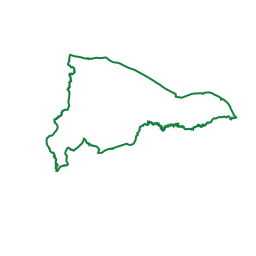 Ban Phue, Udon Thani, Thailand, rotated 121°
{"feature_id": "78962969B51412577639732", "entity_name": "Ban Phue", "entity_type": "district", "adm_level": 2, "iso_a3": "THA", "parent_name": "Thailand", "parent_adm1": "Udon Thani", "projection": "mercator", "projection_center": [102.531, 17.723], "detail": "fine", "context": "isolated", "style": "outline", "palette": "green", "viewbox_px": 256, "rotation_deg": 121, "n_neighbors": 0, "source": "geoboundaries", "source_scale": "gbopen_adm2", "svg_char_len": 5834}
<svg xmlns="http://www.w3.org/2000/svg" viewBox="0 0 256 256"><g transform="rotate(121 128 128)"><path d="M86.5,63.8L85.9,63.0L84.0,63.2L83.3,62.8L83.0,62.2L82.2,62.6L81.8,61.3L80.1,59.9L77.6,60.0L76.1,59.6L75.2,59.0L74.8,57.7L71.8,55.7L70.1,52.5L69.0,52.0L68.5,51.4L68.6,50.1L68.3,49.1L67.5,48.9L66.2,47.9L66.5,46.5L67.6,44.9L67.6,44.1L65.7,44.1L65.9,43.4L65.3,42.9L64.9,42.1L63.3,40.8L62.7,42.4L62.7,43.9L61.7,44.6L58.5,50.0L57.0,51.5L55.5,54.8L54.8,57.6L54.4,61.5L54.5,61.9L55.8,62.9L54.4,64.0L54.4,67.3L55.0,71.5L54.8,73.8L55.4,75.8L56.4,78.0L58.7,80.9L60.1,81.2L60.3,82.9L64.1,88.6L66.1,91.0L74.6,97.7L74.8,99.1L75.5,100.0L75.8,101.4L76.5,102.8L76.6,103.3L74.7,104.2L74.4,104.8L75.0,115.0L74.9,119.8L74.4,123.4L74.6,126.3L74.3,130.5L74.3,138.8L74.8,152.2L76.2,158.8L76.9,168.2L77.4,170.4L79.2,174.4L79.5,177.9L78.9,183.3L82.6,188.0L84.0,191.2L87.9,195.4L88.2,196.6L88.8,197.1L88.8,197.8L89.4,197.8L89.1,198.7L90.1,199.7L90.7,201.3L91.8,205.4L94.2,211.3L95.0,215.2L96.7,215.0L98.3,214.1L99.6,213.9L100.3,212.9L103.3,212.6L104.4,212.2L104.8,209.8L104.5,209.7L105.3,208.1L105.1,207.5L104.3,207.0L104.4,205.0L105.2,204.9L105.9,203.5L107.4,203.3L107.5,202.4L110.5,203.2L110.7,204.1L110.5,204.5L111.6,205.3L111.6,205.9L112.2,205.9L112.7,205.3L113.1,205.2L113.2,204.0L114.0,204.0L115.0,202.4L116.1,202.2L116.4,201.5L117.2,200.8L117.8,201.7L119.3,201.8L119.5,201.0L120.9,200.7L121.6,200.0L122.1,200.2L122.8,199.0L123.8,199.0L124.1,199.6L124.7,199.8L125.1,199.4L125.7,199.6L125.8,199.4L126.2,199.4L126.5,198.0L126.9,197.6L127.0,197.1L127.8,196.8L128.7,195.8L136.6,192.4L139.3,189.7L140.9,189.7L142.5,189.1L143.4,189.2L143.9,189.7L144.7,191.4L145.4,191.6L145.7,192.1L146.6,192.3L147.2,193.0L147.8,192.6L148.7,192.8L148.7,192.5L149.1,192.2L149.6,192.3L150.1,191.9L150.6,192.2L151.6,191.6L152.0,191.8L152.0,192.1L152.6,192.1L153.1,192.8L153.8,192.9L153.9,193.3L154.2,193.0L155.1,193.2L155.2,193.6L155.8,193.7L156.1,194.3L156.6,194.3L156.9,193.9L157.7,194.4L158.0,195.2L158.6,195.4L159.1,195.4L160.1,194.1L160.7,194.0L161.2,193.1L161.5,191.2L162.3,189.9L163.3,188.8L164.6,188.3L167.0,188.1L169.2,188.6L172.2,188.8L173.8,189.4L175.3,191.3L177.0,191.6L178.5,192.2L179.3,192.1L182.5,190.2L184.3,188.4L185.3,186.1L186.0,185.2L186.1,184.3L187.0,184.0L188.0,182.6L188.3,180.9L188.1,180.5L188.2,179.0L187.8,179.0L187.9,178.5L188.8,177.3L189.5,177.2L189.3,177.0L189.8,176.4L190.0,176.4L189.9,176.2L191.1,175.7L191.0,175.3L191.5,175.3L191.5,174.1L191.8,173.5L192.7,172.9L193.2,173.1L195.0,171.9L195.4,172.0L195.7,171.3L195.4,171.2L195.4,170.6L195.7,170.0L196.3,170.1L196.3,169.8L196.5,170.0L196.5,169.7L196.9,169.9L197.2,169.6L197.4,169.9L197.8,169.3L198.5,169.1L198.9,169.7L199.4,169.1L199.2,169.2L199.1,168.8L199.8,168.6L200.1,168.8L200.4,168.1L200.2,167.8L200.1,167.5L200.4,167.6L200.8,167.1L201.6,167.1L201.4,166.5L200.5,166.2L197.0,166.3L195.6,165.8L194.1,164.2L193.8,164.3L193.0,163.6L193.0,163.2L192.6,163.1L192.6,162.4L191.9,162.0L191.4,161.1L190.0,160.8L187.8,164.0L183.4,166.0L183.0,166.6L182.9,167.8L181.9,168.8L179.8,169.4L176.6,169.6L175.7,169.2L175.4,168.0L176.2,166.4L175.7,165.8L175.9,165.2L175.3,164.5L175.5,163.0L170.3,161.0L165.2,159.6L162.7,159.5L159.8,160.3L159.7,159.9L160.2,159.2L160.2,158.0L161.7,156.4L161.8,155.6L161.6,155.1L161.9,155.0L161.5,154.2L162.0,153.7L161.7,153.1L162.0,153.0L161.8,152.5L162.0,152.4L161.7,152.3L161.5,151.4L162.0,150.3L161.0,149.1L161.1,147.8L160.6,147.3L160.0,145.0L161.2,141.6L163.2,141.3L164.7,140.7L163.2,138.4L162.5,137.6L159.4,136.3L156.3,134.1L155.2,132.9L154.7,131.8L153.6,131.2L153.8,130.4L151.8,129.4L142.7,121.5L142.0,120.7L142.2,119.4L141.5,117.5L140.2,116.1L138.9,115.3L137.6,115.0L134.1,115.4L130.9,116.8L129.4,116.0L128.6,116.3L127.9,117.4L127.3,116.9L123.2,117.0L122.8,117.7L120.8,118.3L120.0,117.8L119.9,117.4L118.5,116.7L118.2,116.2L117.6,116.6L115.7,115.6L115.9,115.2L115.7,113.4L114.7,112.4L114.0,112.6L114.0,113.1L113.5,113.1L113.3,113.7L112.9,113.6L112.5,113.9L112.5,113.5L112.3,113.7L111.8,113.5L111.8,113.2L112.1,113.0L111.5,112.8L111.5,111.8L111.7,111.5L111.0,111.0L111.1,110.2L111.7,109.8L111.5,109.5L111.7,108.8L112.0,109.2L112.2,108.5L112.8,108.3L111.9,108.3L112.0,107.8L111.5,107.8L111.7,108.0L111.3,108.2L111.3,107.8L110.8,107.7L111.0,107.5L110.1,107.1L110.2,106.8L109.7,106.4L110.2,106.2L110.0,105.1L109.3,104.9L109.0,105.3L109.3,105.6L108.8,105.7L108.5,104.5L108.9,104.5L109.1,104.1L109.4,104.4L109.3,104.2L109.8,103.5L108.9,103.4L109.3,102.9L109.1,102.4L109.5,102.0L109.9,102.2L109.9,101.6L110.2,101.0L109.3,100.4L110.1,99.8L110.1,99.3L110.4,99.8L111.2,99.8L111.2,99.4L110.7,99.3L111.4,98.9L111.1,98.3L111.7,98.4L111.8,98.0L111.4,97.6L111.9,97.6L112.1,97.8L112.3,96.5L111.9,96.4L111.5,96.7L111.2,96.1L110.7,96.3L110.4,96.1L110.0,96.5L109.9,96.2L109.5,96.1L108.2,96.8L107.9,96.3L107.6,96.5L107.3,96.1L107.3,96.5L106.9,96.0L106.7,96.1L106.7,95.6L106.4,95.5L106.8,95.2L106.6,95.3L106.6,94.9L105.7,94.7L105.2,94.8L105.4,94.4L104.9,94.5L104.5,93.3L103.6,93.5L103.6,92.9L103.2,92.9L103.4,92.6L102.7,92.5L102.4,92.0L102.9,91.2L102.7,90.3L102.4,90.3L102.7,89.9L101.9,90.1L101.4,89.8L101.5,89.4L100.8,89.3L100.8,89.6L100.3,89.1L100.1,89.3L99.7,89.1L99.6,88.5L99.2,88.2L99.7,88.1L99.4,87.6L99.9,87.8L100.2,87.6L99.8,87.1L100.3,87.1L99.9,86.7L100.6,86.3L100.1,86.1L100.6,85.4L100.0,84.9L100.3,84.6L99.7,84.2L99.8,83.2L98.3,82.4L99.1,81.7L98.4,81.2L98.3,80.7L99.1,80.3L99.7,78.4L98.4,76.9L98.2,76.0L97.2,75.3L97.0,74.2L96.6,74.0L96.4,73.6L96.6,72.7L95.9,72.2L95.6,72.3L95.7,71.4L94.6,71.9L93.6,72.0L92.9,71.6L92.8,70.7L91.5,70.4L91.1,69.7L90.6,69.7L90.4,69.4L89.7,69.6L89.8,68.9L89.4,68.9L89.2,68.6L88.8,68.8L88.6,68.3L88.8,67.4L89.5,67.3L89.5,66.7L89.0,66.3L89.3,66.0L88.8,65.7L88.7,65.3L87.8,65.5L87.9,65.0L87.6,64.7L87.1,65.0L87.3,65.7L86.8,65.4L86.5,65.6L86.3,65.1L86.6,65.0L86.6,64.7L86.3,64.7L86.0,64.1L86.5,63.8Z" fill="none" stroke="#15803d" stroke-width="2"/></g></svg>